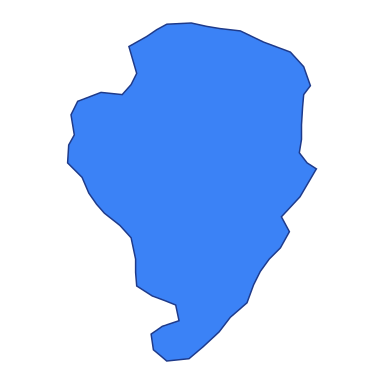 outline of Margo, Cyprus
{"feature_id": "46923920B73680512248487", "entity_name": "Margo", "entity_type": "district", "adm_level": 2, "iso_a3": "CYP", "parent_name": "Cyprus", "parent_adm1": "", "projection": "albers", "projection_center": [33.485, 35.101], "detail": "fine", "context": "isolated", "style": "filled", "palette": "blue", "viewbox_px": 384, "rotation_deg": 0, "n_neighbors": 0, "source": "geoboundaries", "source_scale": "gbopen_adm2", "svg_char_len": 826}
<svg xmlns="http://www.w3.org/2000/svg" viewBox="0 0 384 384"><path d="M128.9,46.5L136.7,73.4L131.1,84.6L122.2,94.6L101.0,92.4L77.7,101.3L71.0,114.8L74.3,134.9L68.7,145.0L67.6,162.9L82.1,177.4L88.8,193.1L96.6,204.3L104.4,213.2L120.0,225.5L131.1,237.8L135.6,259.1L135.6,272.5L136.7,286.0L152.3,296.0L164.5,300.5L175.7,305.0L179.0,320.7L162.3,326.3L151.1,334.1L153.4,349.8L162.4,357.3L166.7,361.0L189.0,358.7L203.5,346.4L219.1,331.9L230.3,317.3L247.0,302.8L253.6,284.8L260.3,271.4L269.2,259.1L280.4,247.9L289.4,231.7L281.4,216.8L300.0,196.8L316.1,169.3L316.4,168.9L307.1,162.9L299.3,152.8L301.5,139.4L301.5,124.8L302.6,106.9L303.7,94.6L310.4,85.7L303.7,66.7L290.4,52.1L263.6,42.1L240.3,30.9L220.2,28.6L206.8,26.4L191.3,23.0L166.8,24.2L156.7,29.7L146.7,36.5L128.9,46.5Z" fill="#3b82f6" stroke="#1e3a8a" stroke-width="1.5"/></svg>